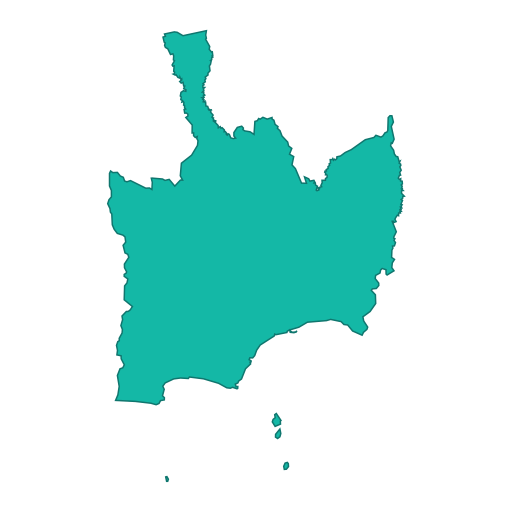 Klaeng, Rayong, Thailand
{"feature_id": "78962969B40888142267385", "entity_name": "Klaeng", "entity_type": "district", "adm_level": 2, "iso_a3": "THA", "parent_name": "Thailand", "parent_adm1": "Rayong", "projection": "natural_earth1", "projection_center": [101.666, 12.768], "detail": "fine", "context": "isolated", "style": "filled", "palette": "teal", "viewbox_px": 512, "rotation_deg": 0, "n_neighbors": 0, "source": "geoboundaries", "source_scale": "gbopen_adm2", "svg_char_len": 6051}
<svg xmlns="http://www.w3.org/2000/svg" viewBox="0 0 512 512"><path d="M385.1,132.7L382.8,136.0L380.9,137.1L375.9,135.3L373.9,137.5L365.3,139.7L351.2,149.7L345.2,152.5L340.5,156.0L336.9,156.8L336.8,158.7L335.5,159.9L334.4,159.2L333.5,160.2L332.8,158.6L332.2,159.6L330.2,159.6L330.5,163.0L329.1,163.9L329.6,165.3L328.0,166.6L328.1,168.5L326.2,169.6L326.4,171.0L325.1,171.0L324.7,172.2L325.6,172.9L325.5,174.8L326.6,174.6L327.2,175.6L327.0,177.5L325.5,178.5L325.4,180.3L322.0,180.3L322.2,182.7L320.9,185.5L321.6,186.7L319.8,187.2L319.5,188.5L318.1,187.6L318.7,190.1L316.9,190.7L316.2,190.1L317.4,186.2L315.6,185.1L315.3,182.9L314.0,182.9L314.7,181.8L313.9,180.3L309.9,181.1L308.7,178.8L304.5,176.9L306.5,183.3L301.5,183.1L295.4,168.6L292.0,164.9L293.7,156.6L289.5,154.2L291.8,148.4L288.6,146.0L287.7,142.1L282.0,136.0L280.0,130.7L277.4,128.3L278.0,126.6L275.1,124.4L273.9,120.2L272.1,119.1L272.0,117.5L267.2,119.1L262.9,117.3L260.1,119.2L258.7,118.5L257.3,120.7L254.9,121.4L254.0,134.4L250.1,131.8L244.7,130.9L242.9,129.6L243.4,128.1L241.7,126.2L237.3,127.4L233.9,132.5L233.9,136.0L235.6,138.1L233.3,138.6L230.8,137.9L229.3,134.4L227.9,133.7L227.2,135.1L226.4,134.5L226.2,132.6L225.1,131.4L224.2,131.7L224.3,129.9L222.1,127.7L221.0,128.2L220.2,126.6L218.3,127.8L218.1,125.5L215.3,122.5L215.8,120.9L214.1,120.4L215.0,121.3L214.3,121.7L213.3,120.9L214.0,120.1L213.0,118.7L213.5,118.0L212.0,117.2L213.1,115.1L210.6,112.2L211.1,109.9L209.2,110.3L208.8,109.8L210.1,109.7L208.5,108.9L207.7,106.4L205.9,106.0L205.6,102.1L204.4,102.0L204.8,101.2L203.3,101.5L203.9,99.6L202.8,99.3L203.3,98.3L202.2,97.7L204.0,97.3L203.3,95.9L204.8,95.1L203.6,93.9L203.8,92.2L202.4,92.1L203.9,90.3L203.3,88.8L204.6,87.5L202.9,87.4L202.8,85.5L204.0,84.8L203.0,83.6L205.3,81.8L204.8,80.0L205.9,78.7L205.2,77.1L208.0,75.0L207.9,73.2L210.0,70.8L209.4,65.9L210.5,64.3L211.2,60.8L210.6,60.5L211.7,59.7L211.7,57.7L212.8,57.1L212.0,56.0L212.8,55.7L212.3,51.8L211.5,52.0L209.2,49.3L209.7,46.5L205.6,39.2L206.4,38.3L205.7,35.1L206.4,30.7L183.0,35.7L177.2,32.3L174.3,31.9L164.5,34.0L165.4,36.3L163.0,37.1L164.2,42.2L165.2,42.9L164.6,45.4L165.4,47.4L167.8,48.8L170.5,54.5L172.9,53.8L173.7,55.9L173.4,59.9L174.5,60.7L172.1,65.0L172.9,66.2L174.1,65.9L173.7,71.3L174.6,72.0L174.3,73.8L173.3,74.1L175.2,75.1L176.0,74.6L177.9,77.4L179.7,78.1L179.9,77.0L180.9,79.4L181.7,78.8L181.8,79.9L179.7,81.5L181.2,83.1L183.0,82.3L183.7,86.0L184.7,86.1L183.7,88.7L185.9,89.7L185.8,91.3L183.5,90.7L181.0,92.4L180.3,96.0L181.3,96.9L180.8,99.6L182.4,100.5L181.9,102.1L183.3,101.6L183.9,102.5L183.6,105.1L184.5,105.5L184.6,107.8L185.6,109.0L184.1,109.5L184.7,113.1L186.6,113.1L187.9,114.2L187.9,116.1L185.8,117.5L192.2,125.0L192.1,133.0L193.6,132.9L193.6,135.7L195.3,137.5L197.2,136.6L196.8,138.5L198.0,140.7L197.5,145.4L191.6,155.2L181.4,163.2L180.3,175.8L182.6,180.1L180.4,180.1L174.8,186.1L169.2,179.4L165.0,180.4L162.5,179.0L152.1,178.1L151.3,178.2L152.3,182.3L151.9,189.5L149.5,188.0L145.8,188.2L130.5,180.6L126.9,181.8L124.6,181.0L123.3,177.3L120.3,176.0L117.4,172.4L112.8,172.6L110.6,171.0L109.5,173.4L109.5,186.0L111.4,190.5L111.4,196.9L109.0,199.7L107.7,203.7L110.0,208.6L110.4,212.1L111.8,214.0L112.3,224.8L114.2,229.3L117.3,233.4L122.9,235.1L125.0,236.9L125.7,242.1L123.1,245.3L125.0,252.9L127.8,254.3L128.8,257.3L124.4,264.1L124.5,267.7L126.6,271.8L126.2,273.1L124.2,274.4L124.2,276.4L127.8,278.9L127.0,282.9L124.6,285.9L124.2,299.8L132.4,306.5L130.3,309.8L128.3,311.4L126.3,311.5L122.0,316.0L122.6,319.7L120.9,325.6L122.4,329.4L122.1,333.0L119.2,338.3L119.3,340.7L117.8,341.6L116.5,345.4L117.5,350.4L116.9,354.9L121.1,355.8L121.2,358.8L124.3,364.8L122.8,367.8L120.0,368.8L117.4,375.5L119.2,386.4L117.9,394.8L115.6,400.4L135.3,401.4L150.8,403.2L156.1,404.7L159.0,403.5L160.5,400.6L164.3,399.9L164.4,397.7L162.5,395.8L164.2,389.3L162.8,386.2L165.2,382.9L173.7,378.9L180.5,378.0L188.3,378.5L189.4,377.0L203.5,378.8L218.6,383.3L226.8,387.8L230.4,388.2L232.5,387.3L237.0,388.8L237.7,388.4L237.8,386.5L236.0,386.5L235.3,384.1L237.9,382.9L238.6,381.1L241.5,379.0L245.5,368.8L250.6,363.9L250.0,362.2L251.1,361.9L251.0,360.7L249.1,359.7L249.8,357.8L252.7,357.9L254.7,355.6L256.7,350.1L260.2,345.0L274.2,336.0L274.8,334.1L275.8,334.7L286.9,332.5L287.2,331.3L289.6,329.8L290.2,332.3L293.9,332.7L296.2,332.0L296.9,330.8L295.8,331.9L292.6,332.3L290.4,331.2L289.8,329.9L298.9,327.2L307.4,322.2L326.5,320.6L330.6,319.4L341.1,321.6L343.9,324.5L347.7,325.0L352.6,331.0L362.1,335.2L363.5,332.3L366.9,329.4L367.7,327.1L363.7,321.0L362.9,316.8L370.1,311.5L375.7,303.5L375.4,294.8L371.3,290.4L372.3,288.9L376.3,288.5L378.8,285.5L378.7,283.1L375.2,278.6L375.6,275.4L380.0,273.0L380.6,270.0L382.2,268.5L386.0,269.7L386.1,274.1L387.1,275.0L394.0,270.8L391.8,267.6L392.3,262.9L394.5,259.4L391.6,257.4L391.9,250.1L392.9,248.2L392.5,246.1L394.4,245.9L395.5,242.6L394.0,240.4L394.9,238.7L393.8,238.2L393.8,236.9L396.3,231.8L392.2,221.3L393.2,221.2L393.7,222.6L396.1,221.6L394.9,219.2L395.7,217.6L397.3,215.2L398.6,215.7L398.6,213.0L400.4,213.0L399.9,211.3L401.3,211.3L400.1,209.5L401.1,209.3L400.5,207.3L401.7,207.7L401.1,206.1L402.1,204.8L400.9,204.4L402.5,200.4L401.2,199.5L402.7,198.2L402.7,196.5L404.3,196.2L401.5,193.3L401.6,190.6L403.1,190.5L401.5,188.9L402.3,188.5L401.7,187.2L402.2,186.2L401.2,185.0L402.4,183.9L402.2,181.2L400.6,181.0L400.7,178.7L399.4,179.4L398.3,178.2L399.4,175.4L400.6,175.1L399.7,172.5L401.2,170.2L399.8,166.8L400.8,165.5L400.6,164.1L399.2,163.2L400.0,161.2L399.2,161.7L397.7,156.7L396.2,156.5L394.4,154.0L393.6,150.2L390.6,145.9L391.3,142.8L392.3,143.3L394.1,139.2L391.3,126.4L393.4,122.1L391.9,115.8L390.0,115.7L388.2,117.6L387.8,130.5L386.8,132.2L385.1,132.7ZM275.1,426.4L280.5,424.1L280.3,421.2L281.0,420.5L276.3,413.5L274.7,414.7L275.2,417.7L273.1,419.4L272.3,421.9L275.1,426.4ZM277.6,438.5L279.9,436.8L280.8,433.5L279.9,429.0L275.6,434.3L275.5,437.1L277.6,438.5ZM286.4,469.2L288.5,466.6L288.3,463.6L287.3,462.4L285.1,463.1L283.7,466.3L284.3,469.4L286.4,469.2ZM167.7,481.3L168.4,479.2L166.9,476.6L165.7,476.9L166.6,481.3L167.7,481.3Z" fill="#14b8a6" stroke="#0f766e" stroke-width="1.5"/></svg>